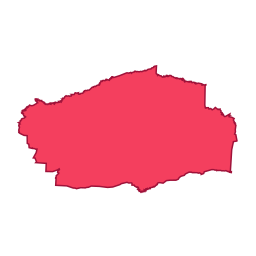 outline of Bukidnon, Bukidnon, Philippines, rotated 93°
{"feature_id": "2640588B97736443103823", "entity_name": "Bukidnon", "entity_type": "district", "adm_level": 2, "iso_a3": "PHL", "parent_name": "Philippines", "parent_adm1": "Bukidnon", "projection": "equal_earth", "projection_center": [124.931, 8.005], "detail": "fine", "context": "isolated", "style": "filled", "palette": "rose", "viewbox_px": 256, "rotation_deg": 93, "n_neighbors": 0, "source": "geoboundaries", "source_scale": "gbopen_adm2", "svg_char_len": 5815}
<svg xmlns="http://www.w3.org/2000/svg" viewBox="0 0 256 256"><g transform="rotate(93 128 128)"><path d="M164.9,23.5L144.2,23.3L136.1,22.0L135.3,18.6L135.1,18.5L129.0,20.0L128.5,21.2L126.2,20.5L124.2,20.8L119.7,20.4L119.2,21.0L118.4,20.8L117.9,21.7L117.3,21.4L117.0,22.2L116.6,22.0L114.5,23.2L113.0,22.5L111.8,25.0L111.4,27.7L110.1,27.8L109.9,27.0L109.7,27.4L108.7,27.1L111.3,31.2L111.5,32.1L110.6,33.1L109.3,33.5L109.3,33.8L109.8,33.7L110.0,34.1L109.9,34.9L109.4,35.4L108.2,34.6L107.7,34.9L107.4,36.1L106.1,36.0L104.8,37.1L104.3,37.1L104.6,38.0L104.4,38.3L104.9,39.0L102.9,41.9L104.5,43.3L105.4,44.9L104.2,46.4L104.8,48.1L103.5,48.7L103.6,50.8L104.1,51.2L103.9,51.8L101.1,52.5L81.8,53.2L80.9,52.4L80.6,52.5L81.1,54.2L80.7,55.1L80.8,55.6L81.2,55.7L81.2,56.4L80.3,56.2L80.0,56.7L79.5,60.2L79.9,61.2L79.6,61.9L80.4,62.5L80.0,63.4L79.4,63.1L79.1,63.4L78.9,65.5L79.4,66.4L78.8,67.1L78.2,67.2L78.2,68.1L78.6,68.2L78.3,69.3L78.9,69.4L78.3,72.5L79.0,73.8L78.5,74.2L77.9,73.7L77.4,73.9L77.1,74.8L77.5,76.1L77.1,76.7L76.2,76.4L75.9,75.5L75.6,75.8L75.6,76.4L76.2,77.3L75.8,78.5L76.4,78.8L75.8,80.6L76.1,81.5L75.4,81.6L75.3,81.9L75.8,83.2L75.2,83.7L75.2,84.8L74.3,85.8L74.3,87.1L73.4,87.7L73.3,89.1L74.3,90.2L73.6,90.9L73.5,92.0L74.4,91.7L74.2,93.4L74.9,93.6L75.1,94.4L75.0,94.7L74.6,94.0L74.3,95.1L75.1,95.3L75.4,95.9L74.8,97.2L74.3,97.4L74.0,99.3L73.3,100.2L73.7,100.8L73.2,100.7L73.2,101.5L72.7,101.7L72.5,102.4L71.7,102.8L64.5,102.8L65.0,104.9L65.5,105.5L66.1,105.5L66.9,107.6L67.7,108.0L68.4,111.1L69.6,112.5L69.9,113.6L69.5,113.9L69.6,114.4L69.9,114.5L70.6,116.6L71.0,117.0L70.8,118.4L71.3,119.7L71.1,121.8L71.4,122.3L70.9,123.4L71.3,124.1L71.1,124.5L71.7,124.8L72.6,127.2L73.0,127.3L72.3,128.1L72.8,128.8L72.8,129.5L73.3,130.0L73.0,130.9L73.0,132.2L76.2,139.2L78.3,144.8L78.3,145.7L78.0,145.8L77.9,145.4L77.6,146.0L77.7,146.6L78.0,146.4L78.2,147.0L78.2,146.5L78.3,147.0L78.8,147.1L78.8,147.5L79.4,147.2L79.7,148.5L80.1,148.3L80.6,149.2L80.8,148.9L81.4,149.1L80.8,151.3L81.0,151.5L80.5,151.8L80.6,152.6L81.6,152.8L82.0,153.6L81.7,154.4L82.0,156.0L82.4,156.0L82.6,157.3L83.0,157.0L83.1,157.5L84.8,158.8L85.1,158.4L85.8,159.0L86.0,158.6L86.6,158.8L86.9,160.9L87.6,162.0L87.9,162.1L88.3,162.9L88.1,163.4L88.7,164.8L89.1,164.8L89.2,165.9L92.2,168.7L92.3,170.3L92.8,170.9L92.7,172.4L93.1,173.4L93.5,173.7L94.0,173.5L94.0,174.2L95.7,175.0L95.9,176.9L96.8,177.8L96.8,178.4L96.6,178.2L96.0,179.6L95.4,179.4L95.9,181.1L95.6,182.6L97.4,183.6L97.5,186.2L97.8,185.8L99.1,186.5L99.0,187.3L99.4,188.0L99.0,188.7L99.4,190.7L99.0,191.5L100.1,192.8L101.3,193.2L101.5,193.7L101.9,193.1L101.7,194.8L102.9,194.8L102.8,195.4L103.3,195.0L104.0,195.7L104.4,195.6L104.4,196.3L105.4,196.2L104.8,197.2L105.7,197.3L105.9,197.9L105.3,198.8L106.1,198.8L106.4,200.5L106.0,201.9L106.4,202.7L106.8,202.0L107.4,202.4L107.1,203.3L107.8,203.1L107.0,204.7L107.6,205.6L107.4,206.0L107.1,205.8L107.0,206.4L107.3,206.9L108.3,206.5L108.2,207.1L107.6,207.1L107.4,207.7L108.7,209.2L108.3,209.5L108.3,210.6L108.8,211.1L108.4,212.1L107.7,212.1L107.7,212.9L107.2,212.8L106.5,213.4L106.5,214.2L106.2,214.5L105.9,215.5L105.1,215.6L105.1,216.5L105.6,217.3L105.4,218.1L104.7,218.0L104.6,219.0L104.9,219.6L104.6,220.1L103.9,219.9L104.2,220.6L103.7,221.1L103.9,222.0L103.4,222.4L105.8,221.7L106.0,220.5L107.3,219.7L107.3,220.2L107.7,220.1L108.4,220.7L110.5,224.0L110.8,225.8L110.3,227.5L111.1,228.0L112.0,229.5L112.3,229.2L112.4,230.2L113.2,230.1L113.1,230.4L113.9,231.5L114.8,231.1L114.9,231.5L115.1,231.1L115.8,231.0L116.2,232.2L115.9,232.4L116.2,232.8L115.8,233.1L115.7,233.7L116.0,234.3L116.3,233.9L117.1,234.1L117.7,235.0L118.3,234.2L118.3,234.7L118.7,234.8L118.7,234.0L119.1,233.6L119.4,233.8L119.6,233.4L121.0,232.8L121.8,231.4L122.0,231.8L122.5,231.1L123.6,232.3L124.2,234.3L124.8,234.9L125.4,234.8L126.4,235.9L126.6,235.6L127.7,236.1L128.3,237.5L128.6,236.8L128.9,236.9L129.6,236.1L129.9,236.9L131.5,237.2L131.7,236.8L132.4,236.8L132.8,236.4L135.9,237.0L137.6,236.4L137.8,236.9L138.2,236.8L139.1,235.5L140.8,231.5L140.9,228.3L148.6,227.8L149.4,226.2L152.8,225.7L153.4,222.5L153.1,222.4L153.4,222.0L153.5,220.2L154.0,219.1L153.9,217.8L157.4,218.4L162.8,221.0L162.9,219.3L166.5,217.6L167.4,218.3L167.6,207.8L175.7,207.7L175.5,201.0L173.5,196.1L172.4,194.6L173.2,194.3L174.6,195.8L175.9,196.0L176.5,194.8L177.0,194.9L179.5,197.2L181.2,197.2L181.4,197.6L181.8,197.6L181.7,197.2L189.0,197.2L189.0,186.1L190.8,179.6L190.8,177.6L191.3,176.3L190.1,172.2L190.0,167.4L189.5,166.2L189.3,164.5L187.9,161.6L187.8,153.5L188.4,145.2L187.7,140.1L185.0,133.2L183.9,131.7L182.3,126.2L182.9,124.3L182.6,122.0L183.0,121.1L184.8,121.1L184.8,118.8L185.6,118.4L186.4,116.8L186.4,115.1L186.9,114.7L187.2,115.4L187.7,114.5L188.2,114.6L188.4,114.2L188.6,114.5L189.0,113.7L189.1,114.0L189.2,113.6L189.5,113.6L189.8,114.0L190.6,113.5L190.3,112.9L190.6,112.4L190.6,111.7L191.1,112.1L191.5,111.7L190.8,111.2L191.1,110.7L190.6,110.6L190.7,109.8L190.4,110.0L190.4,109.2L189.9,108.8L190.2,108.3L189.7,108.4L190.0,108.1L189.8,107.9L189.9,107.4L189.5,107.6L189.6,107.3L189.1,106.6L188.5,107.2L188.3,106.5L187.8,106.8L187.6,106.2L188.1,105.9L188.2,105.1L187.3,104.9L187.7,104.2L187.4,103.1L187.1,103.1L187.2,102.7L186.6,102.8L186.7,102.3L186.2,101.9L185.9,100.2L185.4,99.8L185.5,99.2L185.1,99.3L184.9,98.0L183.5,96.9L183.5,96.4L182.7,95.7L182.2,95.9L181.2,95.1L180.9,93.3L181.2,90.0L178.5,86.8L177.9,83.0L177.6,77.4L176.5,75.1L174.8,74.2L173.4,72.5L172.3,69.3L170.8,68.2L168.9,64.7L168.8,62.4L169.2,61.6L169.0,56.7L169.4,55.4L169.0,54.3L170.0,52.4L170.5,52.4L169.5,50.1L167.7,49.5L165.2,42.3L165.1,40.0L165.5,39.1L165.4,37.4L165.8,37.1L165.5,36.9L165.7,36.2L165.5,33.4L165.9,31.9L165.7,31.1L165.8,29.0L165.4,28.0L166.2,26.3L166.1,25.8L166.7,24.0L166.9,24.1L167.1,22.5L166.4,22.5L166.6,22.9L166.3,23.0L166.5,23.4L166.2,23.9L164.9,23.5Z" fill="#f43f5e" stroke="#9f1239" stroke-width="1.5"/></g></svg>